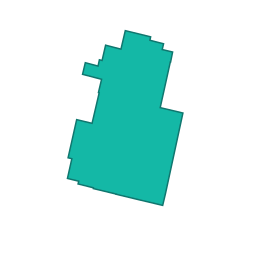 outline of Lincoln, Buenos Aires, Argentina, rotated 328°
{"feature_id": "61730980B97340635160564", "entity_name": "Lincoln", "entity_type": "district", "adm_level": 2, "iso_a3": "ARG", "parent_name": "Argentina", "parent_adm1": "Buenos Aires", "projection": "natural_earth1", "projection_center": [-61.695, -35.088], "detail": "fine", "context": "isolated", "style": "filled", "palette": "teal", "viewbox_px": 256, "rotation_deg": 328, "n_neighbors": 0, "source": "geoboundaries", "source_scale": "gbopen_adm2", "svg_char_len": 594}
<svg xmlns="http://www.w3.org/2000/svg" viewBox="0 0 256 256"><g transform="rotate(328 128 128)"><path d="M72.4,110.4L61.4,121.5L64.1,124.3L49.9,138.7L58.0,147.0L56.0,149.0L67.0,160.4L66.5,161.0L83.0,177.8L82.8,177.9L99.7,195.1L116.4,212.0L124.7,203.8L150.8,177.0L182.5,144.4L166.1,127.8L198.9,94.4L199.1,94.6L206.1,87.2L198.6,79.6L202.8,75.4L198.1,70.5L193.1,65.2L195.5,62.7L177.3,44.0L163.8,57.4L152.9,45.9L141.8,57.0L139.9,55.0L135.4,59.6L126.4,50.0L117.9,58.4L131.4,72.7L121.7,82.3L122.2,82.9L100.0,105.0L88.9,93.7L72.4,110.4Z" fill="#14b8a6" stroke="#0f766e" stroke-width="1.5"/></g></svg>